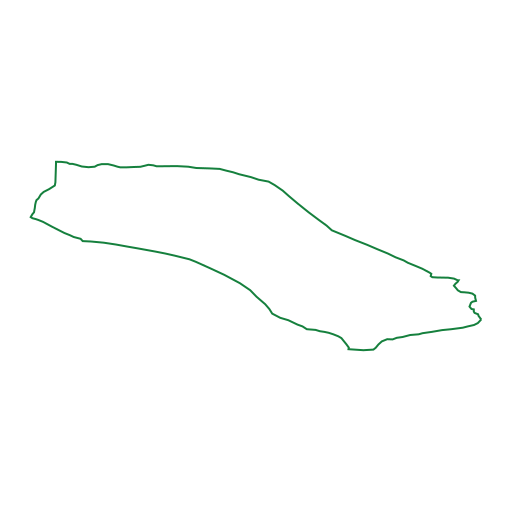 outline of Vilhelmina, Västerbotten, Sweden
{"feature_id": "70781695B71787766152021", "entity_name": "Vilhelmina", "entity_type": "district", "adm_level": 2, "iso_a3": "SWE", "parent_name": "Sweden", "parent_adm1": "Västerbotten", "projection": "robinson", "projection_center": [16.098, 64.897], "detail": "fine", "context": "isolated", "style": "outline", "palette": "green", "viewbox_px": 512, "rotation_deg": 0, "n_neighbors": 0, "source": "geoboundaries", "source_scale": "gbopen_adm2", "svg_char_len": 2045}
<svg xmlns="http://www.w3.org/2000/svg" viewBox="0 0 512 512"><path d="M56.0,161.8L56.0,164.0L55.4,182.4L54.8,185.5L52.6,186.9L49.0,189.2L43.7,191.9L40.8,194.5L39.5,196.7L38.4,198.5L36.5,200.1L35.8,202.0L35.2,204.7L34.8,208.0L34.0,212.3L32.4,214.2L30.7,217.1L32.4,218.2L35.8,219.1L38.4,220.0L42.9,221.8L52.2,226.8L64.4,233.0L69.9,235.2L73.7,237.0L80.6,238.8L82.7,241.1L90.9,241.5L103.8,242.7L115.8,244.5L128.0,246.7L137.3,248.3L155.0,251.5L165.2,253.5L174.5,255.6L189.5,259.3L195.8,261.8L210.0,268.2L224.2,274.8L239.9,283.2L250.2,290.2L256.6,296.8L265.2,304.2L269.4,309.1L272.2,313.6L280.2,317.8L288.3,320.2L297.5,324.6L302.5,326.4L306.8,329.2L315.6,329.9L319.8,331.2L324.5,331.9L328.7,332.8L333.3,334.3L338.3,336.3L341.4,338.1L346.4,344.3L348.8,347.6L348.5,349.2L363.4,350.2L373.4,349.6L375.7,347.8L378.4,344.5L381.8,341.4L387.2,339.2L392.6,339.4L396.8,337.8L402.6,337.0L410.2,335.0L418.7,334.3L422.5,333.2L431.7,331.9L442.1,330.1L451.3,329.2L462.8,327.7L467.8,326.4L474.0,325.0L477.8,323.1L481.2,319.5L481.3,319.6L478.5,315.8L478.1,314.3L474.6,312.9L473.8,311.6L473.8,309.4L471.5,309.0L469.5,306.6L471.0,302.8L472.5,301.7L476.0,300.9L475.2,297.8L475.1,295.6L472.4,293.6L468.6,292.7L464.4,292.3L460.9,292.1L457.8,290.3L456.3,288.4L453.9,285.7L455.4,283.8L457.7,281.8L458.6,280.3L457.7,280.3L454.0,278.6L448.2,277.7L437.2,277.5L432.3,277.2L430.7,276.1L431.3,273.8L429.7,272.7L422.2,268.7L416.0,266.1L407.9,262.8L403.7,260.4L395.6,257.3L387.8,253.5L377.1,249.1L367.1,244.8L355.1,240.1L345.4,235.9L338.6,233.1L331.8,230.3L326.6,225.6L318.9,220.0L308.5,212.2L297.9,203.7L288.9,196.1L282.7,190.6L274.7,185.1L268.6,181.6L258.6,179.7L250.9,177.1L239.0,174.2L233.2,172.3L226.1,170.6L219.7,168.9L209.4,168.4L196.3,168.0L188.2,166.7L176.7,166.1L156.7,166.3L153.2,165.3L148.4,164.8L144.5,165.8L140.3,166.8L133.9,167.0L127.2,167.3L120.1,167.3L117.5,166.7L113.7,165.5L107.9,164.1L101.8,164.1L97.6,165.1L94.7,166.7L88.6,167.2L81.8,166.5L76.4,164.8L72.6,163.9L69.7,163.9L66.8,162.5L61.3,161.9L56.0,161.8Z" fill="none" stroke="#15803d" stroke-width="2"/></svg>